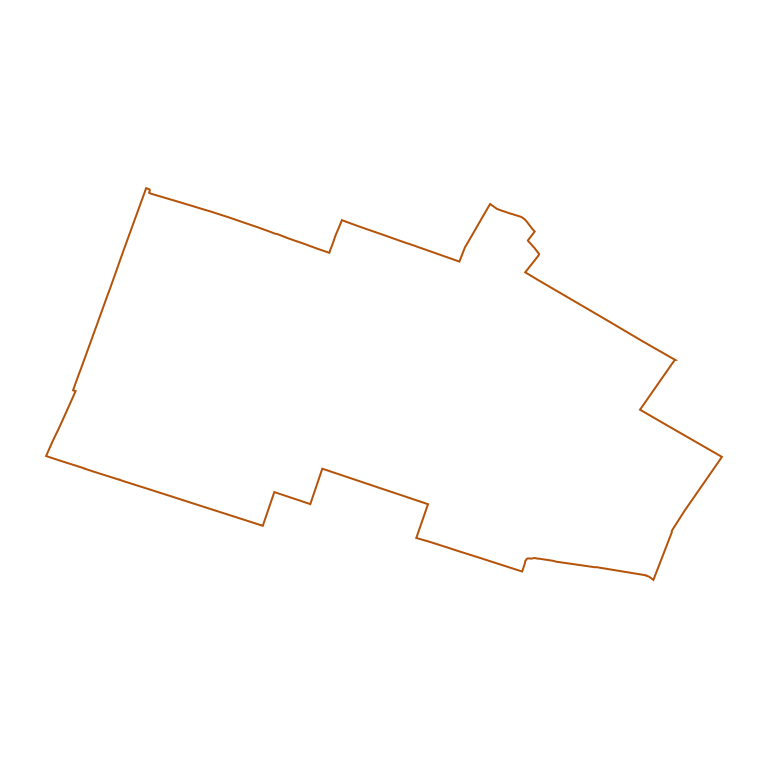 outline of Obarsia, Olt, Romania
{"feature_id": "2599482B32252281662846", "entity_name": "Obarsia", "entity_type": "district", "adm_level": 2, "iso_a3": "ROU", "parent_name": "Romania", "parent_adm1": "Olt", "projection": "equal_earth", "projection_center": [24.286, 43.896], "detail": "fine", "context": "isolated", "style": "outline", "palette": "amber", "viewbox_px": 768, "rotation_deg": 0, "n_neighbors": 0, "source": "geoboundaries", "source_scale": "gbopen_adm2", "svg_char_len": 2574}
<svg xmlns="http://www.w3.org/2000/svg" viewBox="0 0 768 768"><path d="M653.4,579.9L659.1,565.2L667.0,544.7L669.8,537.4L671.8,532.4L671.7,531.5L672.4,529.8L684.6,510.7L718.9,461.3L721.2,457.9L721.9,456.9L666.6,425.1L640.0,409.7L671.8,364.1L674.0,361.1L674.5,360.2L675.4,360.0L669.7,356.8L641.9,340.9L610.1,322.1L579.8,304.4L538.2,280.1L525.2,272.3L538.5,255.5L539.1,254.1L534.6,248.1L527.9,240.7L527.9,240.4L534.7,231.5L532.2,228.8L527.0,221.9L525.1,219.7L523.4,218.3L521.2,216.9L516.5,215.4L516.1,215.3L515.0,215.0L513.3,214.4L512.4,214.1L511.8,214.0L509.5,213.3L509.3,213.2L500.7,210.3L496.8,208.8L491.1,204.7L490.1,204.0L484.1,214.3L473.5,232.7L466.2,245.3L465.5,246.4L465.0,247.2L462.2,254.4L459.4,261.6L424.0,249.1L418.2,247.1L415.8,246.2L412.4,245.0L406.6,243.1L398.0,240.1L393.5,238.5L384.8,235.4L377.3,232.8L371.8,230.9L364.6,228.4L359.5,226.6L355.3,225.1L350.4,223.3L342.2,220.3L341.9,220.1L340.4,223.8L338.6,228.3L336.1,234.0L334.5,238.3L333.7,240.8L332.2,245.1L331.7,246.3L330.3,249.8L329.3,252.8L317.7,248.8L309.7,245.9L305.0,244.1L299.8,242.3L294.4,240.5L288.2,238.3L277.4,234.1L274.8,233.6L269.7,231.6L263.0,229.2L256.4,226.8L245.7,223.2L235.3,219.6L228.6,217.3L220.8,214.8L210.1,211.3L205.1,209.9L195.0,206.8L186.4,204.2L161.2,196.7L150.9,193.7L149.7,193.1L149.1,192.8L149.7,190.9L149.8,190.5L149.8,190.1L149.6,189.5L147.4,188.6L146.2,188.1L145.4,190.1L145.1,191.2L144.4,193.0L122.6,253.0L115.8,272.4L115.0,274.6L109.8,289.2L108.7,292.2L108.5,292.6L106.6,297.8L97.4,323.3L96.2,326.7L95.2,329.3L91.5,339.6L90.7,341.8L90.3,343.0L89.2,345.9L88.2,348.7L85.0,357.6L84.2,359.7L83.1,362.6L82.7,364.0L78.9,374.1L75.5,383.4L74.4,386.6L74.0,387.7L73.0,390.3L74.5,390.8L75.6,391.1L69.5,404.8L63.3,418.6L58.6,428.9L52.5,441.5L46.1,456.0L46.3,456.1L59.9,460.6L65.5,462.4L85.3,468.7L85.3,468.8L85.2,468.9L86.2,469.2L90.2,470.5L92.1,471.1L93.7,471.7L95.2,472.1L95.8,472.3L99.5,473.5L119.1,479.7L119.4,479.5L120.0,479.7L120.1,480.0L124.3,481.4L136.5,485.3L147.0,488.6L260.9,525.2L261.3,525.1L261.8,525.3L261.8,525.5L262.8,525.8L274.3,492.1L310.3,504.1L322.3,468.7L428.0,504.2L416.3,538.0L430.2,542.0L450.5,548.5L459.3,551.4L481.8,558.5L491.4,561.6L499.8,564.3L514.3,569.0L522.1,571.5L522.3,571.0L524.1,565.7L524.2,565.4L524.9,563.3L525.4,560.8L526.0,560.1L526.7,559.0L527.6,558.5L528.2,558.4L529.6,558.5L531.5,558.6L532.6,558.4L533.4,558.2L534.4,558.0L536.0,558.3L538.0,558.7L539.2,558.7L553.1,560.8L554.1,561.1L557.2,561.9L559.2,562.1L595.3,567.3L596.1,567.1L645.8,575.3L645.7,575.5L648.9,576.6L650.5,577.7L653.4,579.9Z" fill="none" stroke="#b45309" stroke-width="2"/></svg>